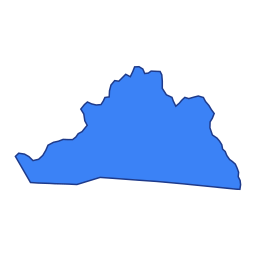 Conceição do Jacuípe, Bahia, Brazil (Robinson projection)
{"feature_id": "56859067B72912801281575", "entity_name": "Conceição do Jacuípe", "entity_type": "district", "adm_level": 2, "iso_a3": "BRA", "parent_name": "Brazil", "parent_adm1": "Bahia", "projection": "robinson", "projection_center": [-38.743, -12.327], "detail": "fine", "context": "isolated", "style": "filled", "palette": "blue", "viewbox_px": 256, "rotation_deg": 0, "n_neighbors": 0, "source": "geoboundaries", "source_scale": "gbopen_adm2", "svg_char_len": 1258}
<svg xmlns="http://www.w3.org/2000/svg" viewBox="0 0 256 256"><path d="M239.9,189.3L240.6,184.7L240.1,180.5L238.2,176.7L238.6,172.3L237.1,168.1L235.3,164.1L232.5,161.6L229.6,159.5L226.8,155.5L225.2,151.5L222.6,149.1L221.8,144.8L219.6,141.2L217.0,138.1L212.4,135.0L209.9,127.8L210.1,121.9L212.3,118.3L214.2,113.5L211.4,109.7L208.9,105.5L205.5,101.5L203.4,97.5L198.3,96.0L193.6,97.2L188.8,98.6L184.8,97.4L181.7,100.3L179.3,103.2L175.8,106.2L173.3,101.1L172.0,97.4L166.4,94.8L162.3,88.4L162.3,81.2L161.8,74.9L160.1,71.5L155.4,71.3L151.1,71.1L148.3,73.1L144.7,73.5L142.8,69.0L139.0,66.7L134.6,66.9L132.8,71.5L130.3,76.7L125.7,74.3L122.4,77.6L118.8,81.2L114.7,80.6L111.0,85.0L109.5,90.8L109.2,96.9L104.9,97.5L103.3,101.0L101.0,104.6L96.2,105.0L91.6,103.9L87.4,102.0L84.5,104.5L80.8,109.1L83.8,114.0L84.8,120.8L87.2,125.3L84.8,128.2L82.1,131.6L78.2,133.7L75.9,137.0L72.6,139.6L67.9,139.6L63.1,139.4L58.5,141.2L53.5,142.3L48.0,145.2L45.8,150.3L42.8,155.4L38.6,159.3L33.0,160.6L28.9,156.6L24.5,154.1L18.7,153.2L15.4,156.4L30.5,182.5L37.7,183.0L49.8,183.4L54.8,183.7L59.2,183.8L69.1,184.1L72.8,184.3L76.9,184.5L100.1,177.4L111.7,178.2L137.5,180.1L156.2,181.4L163.1,182.0L183.9,183.9L236.5,189.2L239.9,189.3Z" fill="#3b82f6" stroke="#1e3a8a" stroke-width="1.5"/></svg>